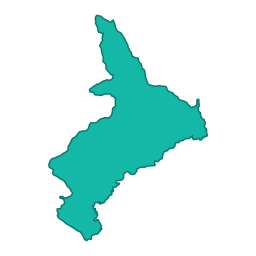 the district of Esparza, Puntarenas, Costa Rica
{"feature_id": "36466004B94446731774240", "entity_name": "Esparza", "entity_type": "district", "adm_level": 2, "iso_a3": "CRI", "parent_name": "Costa Rica", "parent_adm1": "Puntarenas", "projection": "orthographic", "projection_center": [-84.661, 9.995], "detail": "fine", "context": "isolated", "style": "filled", "palette": "teal", "viewbox_px": 256, "rotation_deg": 0, "n_neighbors": 0, "source": "geoboundaries", "source_scale": "gbopen_adm2", "svg_char_len": 5772}
<svg xmlns="http://www.w3.org/2000/svg" viewBox="0 0 256 256"><path d="M111.6,195.0L112.0,193.0L111.1,191.3L111.1,190.9L111.6,190.8L113.0,191.5L113.5,190.8L113.5,189.9L112.9,189.3L112.6,188.6L112.8,187.8L113.7,187.4L115.2,187.2L118.7,184.6L119.4,183.9L119.4,183.5L119.1,183.2L116.4,183.0L116.0,182.8L115.7,182.1L115.7,181.3L115.9,180.8L119.4,180.5L121.3,180.1L122.4,179.5L123.3,178.4L123.7,177.4L123.6,174.2L125.6,172.2L126.7,171.7L127.6,171.7L128.3,172.0L130.4,173.9L132.2,174.5L133.7,174.3L134.9,173.7L135.9,172.3L136.9,170.6L136.7,169.2L136.9,169.0L138.6,168.3L140.4,167.1L144.4,167.2L146.6,166.5L148.0,165.9L152.2,165.8L154.8,165.4L155.1,165.1L155.1,164.5L154.5,162.8L154.5,161.7L154.8,161.2L155.6,161.1L157.2,161.7L157.7,161.7L158.1,161.5L159.3,160.2L160.2,159.6L160.5,159.2L162.1,158.7L162.3,158.0L162.3,156.6L162.8,155.5L163.0,153.7L164.0,152.0L165.7,150.8L166.3,151.1L167.1,150.8L168.5,149.6L168.8,148.8L169.5,148.4L170.2,148.2L170.5,148.5L172.8,148.1L173.6,147.7L174.7,146.4L175.4,143.7L175.9,142.9L176.4,142.5L178.4,142.7L178.8,142.4L180.1,140.9L182.8,140.6L184.2,139.5L185.8,138.7L189.0,138.5L189.9,138.1L190.3,137.5L190.9,136.9L192.3,136.1L192.3,137.9L192.6,138.4L193.0,138.7L193.4,139.5L196.7,139.2L198.7,138.4L199.1,138.4L199.9,140.0L201.1,140.0L201.9,139.3L202.3,138.0L202.8,137.1L203.9,137.7L204.9,136.6L207.0,136.0L207.2,135.8L207.2,134.8L206.8,134.2L206.8,132.8L206.1,131.2L206.8,130.6L206.4,129.7L206.1,128.5L205.9,128.2L204.9,127.6L204.3,126.9L204.4,126.0L205.2,123.9L205.2,122.6L204.3,120.7L204.3,120.3L204.0,119.5L202.3,118.9L201.8,118.1L201.5,117.2L200.4,115.1L200.4,114.5L200.7,113.6L200.6,113.0L200.2,112.4L199.1,111.9L198.4,111.0L198.6,109.5L198.2,108.5L198.2,107.9L199.2,106.1L199.2,105.0L198.9,102.9L198.8,99.7L198.2,99.3L197.5,99.4L197.2,99.6L196.9,100.7L196.8,104.2L196.4,105.6L195.1,106.0L194.8,107.0L192.4,107.1L191.8,107.5L191.2,107.5L190.5,107.1L189.3,105.6L187.7,104.3L186.9,102.6L185.7,102.0L184.6,101.3L179.2,99.8L178.7,99.2L178.4,98.3L177.6,96.9L174.9,95.4L173.6,94.2L172.6,92.8L170.6,92.2L167.8,90.7L167.2,89.8L166.5,87.4L166.0,86.7L164.9,86.3L162.5,86.3L159.5,85.6L158.4,85.6L157.9,85.8L157.6,86.2L155.3,86.1L154.0,86.3L152.5,85.6L150.2,85.2L148.6,84.4L148.1,83.9L147.3,82.4L146.7,80.8L146.3,79.0L145.5,77.4L145.3,74.6L145.0,73.4L144.8,71.5L144.5,70.7L143.9,69.5L142.5,68.6L142.0,68.0L141.2,64.0L140.1,63.2L139.3,62.2L138.5,60.6L138.3,58.3L135.1,57.6L132.1,56.1L131.4,52.9L131.0,52.2L129.9,51.0L129.8,50.6L129.4,50.3L129.1,49.7L129.0,48.9L128.4,48.0L127.5,44.4L127.2,44.2L126.4,42.2L125.5,40.8L124.5,38.4L123.5,37.1L121.5,33.7L120.4,32.6L119.0,32.0L117.8,31.3L116.2,29.2L115.6,27.7L114.7,23.7L114.4,23.4L114.3,22.7L113.1,20.1L112.2,20.7L111.6,21.5L110.9,22.0L109.5,22.1L108.1,20.7L106.5,20.3L103.3,18.4L100.6,16.1L96.8,15.4L95.9,16.4L95.4,18.2L95.4,19.8L95.8,21.7L95.8,22.2L95.5,23.4L96.8,25.7L97.8,28.6L97.9,30.3L98.9,32.3L103.3,33.6L102.3,36.9L102.2,38.9L102.7,40.1L102.7,40.5L100.9,42.8L99.9,45.2L99.9,46.0L100.1,46.6L101.2,48.4L101.4,49.3L101.6,51.5L102.3,53.7L102.5,55.0L103.4,57.5L103.3,58.9L102.9,61.2L103.2,61.8L105.7,64.0L106.0,66.0L106.0,68.4L106.1,68.8L107.2,70.0L107.6,70.9L108.8,72.0L110.6,74.4L111.3,74.8L113.0,74.8L113.0,76.9L112.3,78.7L110.6,80.1L108.7,80.2L107.3,79.8L106.4,79.9L105.6,80.5L104.0,80.8L101.7,82.0L98.3,84.2L96.6,84.3L94.6,86.0L93.2,86.4L92.2,87.7L90.7,88.3L89.9,89.1L89.5,89.9L89.7,91.1L90.0,91.7L90.6,92.0L92.9,92.3L93.7,92.6L94.6,94.5L95.8,95.0L98.3,95.0L100.0,95.4L101.0,95.4L102.5,95.0L104.4,94.1L106.1,93.9L109.3,93.9L110.2,94.0L110.9,94.4L111.5,95.4L111.6,96.0L113.8,96.5L114.2,96.9L114.5,98.0L115.6,98.4L115.3,102.2L115.3,104.6L115.7,105.8L115.7,106.4L113.7,107.4L112.8,108.3L111.9,114.3L110.7,116.3L109.4,117.4L108.2,117.9L106.7,117.9L105.5,117.7L101.3,118.7L100.0,119.4L98.4,120.7L97.4,121.9L96.1,122.7L94.8,122.9L90.7,122.8L89.3,125.2L88.7,127.6L88.4,128.4L87.0,130.2L86.2,130.7L81.2,131.3L79.3,132.0L75.3,137.0L72.7,138.4L72.1,139.1L69.3,144.9L68.3,146.3L68.1,146.9L68.1,150.2L65.2,152.4L62.6,153.8L60.5,155.6L57.8,156.5L54.9,157.9L52.2,158.7L51.6,159.1L50.3,160.6L49.2,163.3L48.8,165.5L49.4,166.6L49.4,167.4L52.8,169.2L53.2,169.7L53.2,170.8L52.6,173.2L52.8,173.8L53.3,174.6L57.8,176.9L59.9,178.6L62.4,179.8L64.2,181.0L67.7,186.6L69.5,188.0L70.2,189.0L70.9,190.8L72.6,192.9L71.9,194.6L70.5,196.1L67.3,197.5L64.9,198.1L63.8,197.7L62.6,196.5L60.1,196.6L59.9,197.0L59.9,197.6L60.3,198.2L61.2,198.5L63.8,199.0L63.8,199.6L64.4,202.1L64.4,203.5L64.0,204.3L62.6,204.9L61.7,205.6L61.1,207.0L61.1,207.7L60.7,208.3L59.6,208.8L57.3,208.9L57.1,210.5L58.3,213.8L58.2,214.7L57.5,215.1L57.4,215.3L57.6,216.4L58.6,217.9L59.0,218.3L63.1,220.9L64.2,221.8L64.5,222.3L66.0,223.5L73.2,227.7L76.5,230.1L78.2,231.1L80.4,232.0L81.9,234.0L83.7,237.2L84.6,239.5L85.7,239.9L86.1,240.3L86.8,240.6L88.2,239.0L89.4,239.0L90.4,239.3L90.9,239.3L91.4,237.9L91.5,236.0L91.9,235.4L92.6,234.9L94.4,234.8L94.9,234.3L95.7,234.1L97.1,234.2L97.5,234.0L100.4,230.5L100.5,229.7L101.7,229.3L101.7,228.9L100.7,227.7L101.4,226.8L101.3,226.0L100.7,225.3L100.5,223.8L99.5,222.9L99.3,222.2L98.5,220.7L98.5,220.0L98.3,219.9L97.9,220.0L97.6,220.9L97.5,220.0L97.1,219.7L96.8,219.7L95.5,220.8L95.0,221.0L94.4,220.8L93.7,220.2L93.8,219.7L94.2,219.2L95.8,218.3L96.2,217.8L96.8,216.7L97.0,215.7L97.6,215.2L97.7,214.5L97.2,213.8L96.0,213.3L97.0,212.1L96.9,211.7L96.5,211.4L94.9,211.3L94.9,210.8L95.4,209.5L95.4,208.8L95.3,208.6L93.5,208.7L93.3,208.6L93.3,208.2L93.5,207.7L93.6,206.9L92.7,205.9L94.6,204.8L94.6,203.5L95.5,202.5L96.8,202.5L98.5,202.9L98.9,202.0L99.2,201.9L100.4,202.3L100.3,202.9L99.7,203.5L99.8,204.0L100.2,204.0L100.9,203.5L102.6,203.3L103.1,202.4L103.9,202.5L104.4,202.2L105.9,199.8L107.7,198.6L108.1,198.1L108.4,197.7L108.4,197.0L108.7,196.3L110.4,195.0L111.6,195.0Z" fill="#14b8a6" stroke="#0f766e" stroke-width="1.5"/></svg>